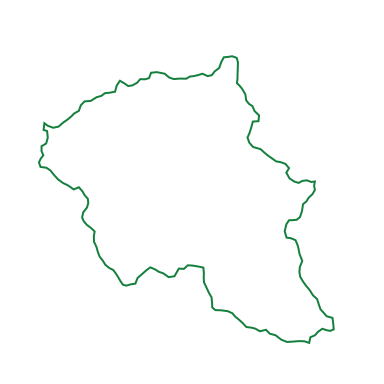 Piracema, Minas Gerais, Brazil (Robinson projection), rotated 6°
{"feature_id": "56859067B5675405143241", "entity_name": "Piracema", "entity_type": "district", "adm_level": 2, "iso_a3": "BRA", "parent_name": "Brazil", "parent_adm1": "Minas Gerais", "projection": "robinson", "projection_center": [-44.418, -20.52], "detail": "fine", "context": "isolated", "style": "outline", "palette": "green", "viewbox_px": 384, "rotation_deg": 6, "n_neighbors": 0, "source": "geoboundaries", "source_scale": "gbopen_adm2", "svg_char_len": 2621}
<svg xmlns="http://www.w3.org/2000/svg" viewBox="0 0 384 384"><g transform="rotate(6 192 192)"><path d="M38.7,182.9L44.7,183.1L49.1,185.5L53.1,189.6L57.5,193.5L62.7,196.5L68.2,198.5L74.1,201.8L79.0,199.1L83.0,202.8L85.7,206.6L89.1,209.6L90.0,213.8L89.2,218.4L85.9,223.7L85.4,229.0L87.5,232.5L90.9,235.7L95.4,238.4L99.3,241.4L99.0,246.2L99.7,251.6L102.8,256.8L104.6,261.4L106.8,265.8L110.6,269.8L113.4,273.4L117.6,276.2L121.8,277.8L124.4,280.6L127.0,283.8L129.8,287.6L132.8,291.3L136.4,292.0L140.9,290.2L145.2,289.1L146.9,283.1L151.5,278.2L154.9,274.5L158.5,271.3L163.3,272.8L167.3,274.8L171.9,275.9L177.7,279.1L183.4,277.6L185.2,273.4L187.0,269.5L192.0,269.3L195.4,265.4L199.6,265.1L205.4,265.4L211.2,266.0L212.3,271.4L212.6,276.0L213.4,280.6L216.6,285.9L219.3,290.4L222.4,294.6L223.5,299.7L224.2,304.7L227.6,307.0L233.5,306.6L240.1,306.8L244.9,308.4L247.7,311.2L251.5,313.7L255.7,316.7L260.2,320.6L265.5,320.7L269.3,321.3L274.1,323.4L280.0,321.3L284.2,324.8L290.0,325.7L296.4,329.6L302.2,331.2L307.6,330.3L314.0,329.1L319.3,328.7L324.3,329.8L324.9,324.1L329.3,321.6L331.9,317.9L335.9,314.4L340.1,315.3L343.9,315.7L347.3,313.8L346.3,308.6L344.9,302.5L338.9,301.5L335.5,298.3L332.1,295.3L330.1,291.1L327.6,285.4L323.2,282.2L319.0,276.9L315.4,273.5L312.0,269.7L308.5,265.1L307.2,260.3L307.1,255.3L308.9,249.1L305.4,242.3L303.0,234.7L300.0,229.1L295.0,227.6L290.8,227.5L288.3,221.4L289.2,214.3L291.4,210.0L295.2,209.4L299.0,208.7L302.0,205.7L303.4,199.5L303.7,192.5L306.8,189.3L308.6,185.5L312.0,181.6L314.0,177.2L312.8,173.0L313.1,168.7L309.6,169.6L305.1,168.4L300.6,169.4L297.2,171.8L292.6,170.9L287.5,168.2L283.8,162.9L286.0,158.1L282.0,154.3L276.9,153.0L272.6,152.8L268.9,150.7L263.5,147.7L259.9,145.3L255.7,142.2L248.1,140.9L243.8,136.9L241.5,132.0L242.9,127.8L244.1,122.1L245.2,115.6L250.7,114.6L250.7,108.8L245.7,104.9L243.2,100.3L239.5,98.4L236.3,95.2L234.9,89.4L231.2,84.3L228.4,81.5L225.3,79.0L225.4,74.6L225.0,70.1L224.6,64.8L224.2,58.3L222.4,53.9L217.8,52.8L213.6,53.9L209.6,54.7L207.5,59.7L206.1,65.8L202.0,69.6L199.4,73.8L195.5,75.1L190.0,73.3L185.8,75.1L181.9,76.5L177.8,77.4L174.5,79.9L167.9,80.5L162.1,81.6L157.3,80.5L152.5,77.2L144.4,76.5L138.8,77.7L137.4,83.2L133.7,84.8L128.7,85.2L125.9,89.2L121.6,92.2L117.4,93.3L113.7,91.2L108.7,88.9L106.0,94.0L105.0,100.3L99.6,101.9L95.1,102.8L91.6,106.0L87.2,107.7L81.8,112.0L75.7,113.1L72.4,117.3L71.0,123.1L66.5,126.3L64.0,129.5L60.8,132.8L56.1,136.9L52.5,140.9L47.3,142.6L41.6,141.2L38.0,139.0L37.9,145.8L41.5,146.5L42.9,153.0L41.9,159.0L37.6,162.2L38.1,167.1L40.3,171.0L38.1,174.6L36.7,178.5L38.7,182.9Z" fill="none" stroke="#15803d" stroke-width="2"/></g></svg>